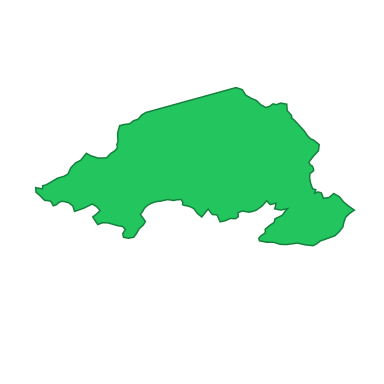 the border of Mŏṇarāgala, rotated 251°
{"feature_id": "LKA-2468", "entity_name": "Mŏṇarāgala", "entity_type": "District", "adm_level": 1, "iso_a3": "LKA", "parent_name": "Sri Lanka", "parent_adm1": "", "projection": "robinson", "projection_center": [81.231, 6.876], "detail": "fine", "context": "isolated", "style": "filled", "palette": "green", "viewbox_px": 384, "rotation_deg": 251, "n_neighbors": 0, "source": "natural_earth", "source_scale": "10m", "svg_char_len": 2332}
<svg xmlns="http://www.w3.org/2000/svg" viewBox="0 0 384 384"><g transform="rotate(251 192 192)"><path d="M122.0,339.6L120.3,333.7L118.1,329.1L114.0,325.8L109.7,323.2L106.6,318.4L104.1,313.0L103.9,297.3L102.5,293.3L101.8,289.1L105.2,281.8L109.4,275.0L111.6,264.0L113.8,258.4L117.9,252.8L120.2,246.2L123.9,239.9L126.5,240.1L128.3,243.2L129.3,247.5L131.1,248.6L132.9,249.0L135.0,254.2L136.5,259.8L138.1,260.7L139.6,261.7L140.6,269.8L143.2,273.4L145.1,276.9L146.0,270.2L149.2,264.6L151.5,266.4L154.0,267.7L154.7,261.7L159.4,259.8L156.0,253.9L153.9,246.8L153.9,242.9L154.4,239.2L157.7,233.3L157.4,228.8L153.5,227.7L152.6,224.3L154.5,219.7L154.0,214.3L154.6,208.9L162.2,208.2L164.1,203.9L170.6,201.7L165.2,193.1L170.0,190.1L175.7,188.3L178.5,185.7L180.8,182.4L181.8,180.4L183.2,178.9L185.4,180.0L188.3,179.3L189.5,175.6L190.0,171.6L191.5,169.0L192.8,166.2L193.6,159.2L194.6,154.6L194.6,149.9L194.0,146.3L192.8,142.9L191.2,140.6L190.0,139.4L187.6,135.9L179.3,138.4L176.7,135.3L174.4,130.0L171.0,126.2L168.2,122.2L168.9,117.0L171.5,112.5L175.2,113.0L178.3,116.8L182.1,115.1L184.1,111.2L190.2,102.4L192.0,97.6L191.9,92.3L200.7,90.0L202.4,94.9L204.4,99.0L208.9,97.3L213.1,93.8L211.9,84.3L211.9,74.6L217.5,74.8L222.0,72.0L223.1,70.2L224.6,68.1L225.6,65.6L225.4,62.6L224.1,59.6L224.1,56.3L226.4,56.1L229.5,55.2L231.0,52.4L231.9,50.1L234.3,48.8L237.0,47.7L242.6,44.4L247.0,45.7L243.7,51.5L245.2,52.5L246.6,52.8L246.2,56.2L248.9,69.6L248.5,75.7L249.4,80.6L254.4,85.4L257.5,91.6L258.2,97.1L263.0,104.7L259.4,107.9L254.7,114.2L252.1,122.1L255.0,128.0L255.9,131.9L257.7,135.4L259.5,136.3L261.1,136.3L262.5,137.3L263.7,138.4L271.7,140.7L278.3,145.2L277.9,150.0L276.8,155.1L278.4,159.9L278.4,164.9L281.1,169.2L282.2,174.2L276.4,267.6L272.4,272.9L266.3,274.2L261.6,278.2L257.5,282.7L252.2,285.4L247.8,289.4L247.8,293.7L249.0,297.1L248.0,298.9L247.0,300.5L247.2,302.5L247.2,304.8L244.2,310.2L238.0,308.5L232.0,311.0L230.0,310.7L229.5,310.0L227.0,312.0L213.7,317.8L207.1,319.7L203.7,321.4L201.5,323.9L195.4,327.7L189.8,325.0L186.3,318.4L182.1,312.2L179.3,312.6L177.3,314.2L174.9,314.4L172.6,314.0L170.9,309.4L167.1,307.8L161.5,307.0L155.9,307.1L153.8,309.8L151.0,307.6L151.1,311.0L149.2,313.9L146.2,314.2L143.3,314.1L142.2,319.9L144.4,325.6L139.5,329.8L133.2,332.1L127.5,335.6L122.0,339.6Z" fill="#22c55e" stroke="#15803d" stroke-width="1.5"/></g></svg>